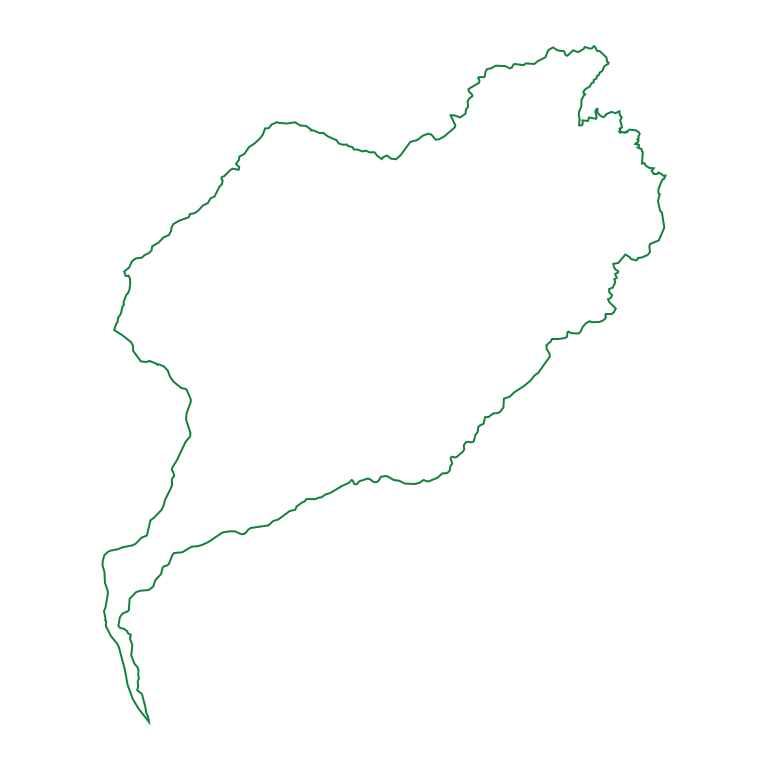 Herveo, Tolima, Colombia (Albers equal-area conic projection)
{"feature_id": "7082276B3940342655765", "entity_name": "Herveo", "entity_type": "district", "adm_level": 2, "iso_a3": "COL", "parent_name": "Colombia", "parent_adm1": "Tolima", "projection": "albers", "projection_center": [-75.226, 5.036], "detail": "fine", "context": "isolated", "style": "outline", "palette": "green", "viewbox_px": 768, "rotation_deg": 0, "n_neighbors": 0, "source": "geoboundaries", "source_scale": "gbopen_adm2", "svg_char_len": 6066}
<svg xmlns="http://www.w3.org/2000/svg" viewBox="0 0 768 768"><path d="M163.5,366.1L167.7,370.4L169.9,376.4L173.6,381.8L181.4,388.1L185.7,388.9L187.0,390.5L190.8,399.5L190.8,401.7L186.7,413.1L186.0,419.3L190.4,432.9L190.1,436.5L185.7,441.6L176.6,460.8L172.5,467.2L171.8,469.9L173.3,472.3L174.2,475.7L171.8,479.2L172.1,484.8L171.6,486.6L164.9,500.2L163.7,505.3L161.5,509.9L153.9,517.8L150.4,520.4L146.9,535.5L141.3,537.8L135.7,543.7L132.7,545.3L122.8,547.2L117.9,549.2L109.5,550.9L107.8,552.0L104.4,555.1L102.8,560.5L102.5,565.3L104.4,571.8L105.0,583.0L107.7,590.8L107.9,593.7L105.4,607.9L104.0,610.9L105.6,619.5L105.1,620.2L106.1,621.7L105.8,625.9L110.9,636.1L117.4,644.0L118.8,646.9L124.9,669.8L127.5,684.5L132.8,699.0L138.5,708.6L148.9,721.9L148.1,716.9L146.2,712.7L145.4,707.1L141.9,693.9L137.2,690.3L138.1,686.5L137.7,681.5L138.9,678.4L138.2,675.3L138.5,670.6L137.5,667.2L134.4,663.6L131.2,655.3L132.3,645.0L129.9,638.5L130.9,635.0L127.8,633.1L127.3,631.3L124.1,628.9L120.0,627.9L118.5,625.9L118.6,624.6L119.8,617.6L121.1,615.2L123.5,613.0L127.4,611.6L128.9,610.0L129.6,598.9L136.0,592.2L139.9,590.8L148.6,590.0L153.1,586.7L155.3,580.2L161.1,574.0L162.6,567.7L164.5,566.0L166.9,565.6L168.8,564.1L172.2,555.5L173.9,553.1L182.4,552.2L191.6,546.7L197.9,546.1L201.9,545.0L208.1,542.2L222.5,532.5L229.5,531.3L235.2,531.4L240.3,533.8L243.1,534.2L245.3,533.3L248.2,529.7L250.7,528.0L268.5,525.4L272.9,521.2L278.6,519.3L289.6,511.1L295.3,509.7L296.5,506.5L302.9,502.0L304.5,501.6L306.5,499.0L315.3,499.2L318.4,497.7L321.4,497.4L325.7,494.3L330.0,493.1L342.3,485.8L348.8,482.9L351.6,480.0L352.6,480.4L354.4,484.1L355.3,484.3L356.8,484.1L359.4,481.3L367.2,478.7L369.4,478.9L373.9,482.1L376.6,482.1L378.3,481.1L381.0,476.7L385.5,476.1L387.6,476.4L393.8,480.0L399.1,480.7L404.8,483.6L414.7,484.0L419.2,482.9L423.6,480.0L427.2,481.4L429.9,480.9L437.5,477.7L442.4,473.4L447.2,473.1L449.6,470.8L450.6,465.5L452.2,463.7L450.7,458.6L451.1,457.3L452.9,456.7L454.8,457.5L456.5,457.1L462.8,451.7L464.2,449.6L463.8,445.3L465.8,442.3L468.1,441.8L471.9,442.3L473.7,441.4L475.5,434.9L477.6,432.0L478.3,427.1L479.5,425.7L483.6,423.7L485.0,417.2L488.6,417.0L493.1,413.5L498.0,413.0L500.1,411.8L503.4,407.5L503.9,398.6L509.8,396.6L514.1,392.4L524.0,386.0L530.7,380.4L534.6,375.4L538.1,373.0L549.7,356.8L549.6,353.9L546.6,348.8L546.5,345.2L550.9,341.3L552.0,339.0L558.8,339.0L565.2,338.0L567.0,336.7L567.5,332.3L568.3,331.6L571.5,333.2L578.5,333.5L580.6,331.7L582.7,326.9L586.2,323.0L589.8,321.2L591.4,322.2L599.2,322.0L602.9,320.6L605.1,318.8L606.0,316.7L605.4,315.0L605.8,314.0L611.2,314.1L613.6,312.7L615.8,308.6L609.2,302.0L608.0,299.2L610.7,298.0L612.1,295.3L609.2,292.0L609.1,289.1L612.9,287.5L615.3,282.0L614.2,279.4L616.8,277.9L615.1,274.0L618.2,272.4L618.0,271.0L615.7,269.7L613.8,266.9L613.4,263.9L618.3,262.9L625.4,254.5L629.6,257.1L630.8,258.8L636.0,260.4L637.2,259.9L638.0,257.9L641.5,257.6L647.8,254.9L650.0,251.9L649.4,247.0L649.8,244.2L658.8,240.4L664.3,227.6L661.9,212.4L660.1,210.9L658.0,201.0L659.8,194.2L658.5,193.4L658.3,189.8L661.0,182.4L662.9,179.2L664.2,178.7L665.5,175.5L663.0,175.7L662.0,174.4L658.5,172.5L657.3,173.9L653.8,174.0L651.6,170.9L653.7,168.3L649.7,168.0L645.9,165.8L644.4,163.2L642.0,163.6L642.8,152.0L642.0,151.5L641.6,149.1L637.7,147.6L638.9,146.6L638.9,144.8L635.3,144.1L635.9,143.1L637.7,142.5L638.6,140.3L637.4,139.6L638.7,137.8L638.4,136.1L639.7,134.2L639.1,132.5L636.2,130.4L629.5,129.6L627.5,131.0L627.2,132.2L625.5,131.8L624.9,132.8L622.4,132.1L620.1,132.7L619.5,131.6L618.5,131.6L620.4,130.7L619.6,128.5L621.4,127.9L622.0,126.7L620.2,120.2L621.7,117.4L619.8,114.9L619.4,111.2L615.6,113.2L611.5,111.9L606.2,114.2L604.5,116.6L603.2,117.2L600.1,115.5L597.5,112.8L597.5,108.9L596.6,109.0L595.3,111.3L596.6,117.2L596.0,118.8L589.1,117.5L587.9,121.0L582.5,120.4L582.6,124.3L581.6,125.4L579.0,125.3L579.6,119.0L578.8,115.7L579.1,111.6L581.3,106.7L581.5,99.7L583.8,95.5L585.2,94.4L583.5,92.9L583.5,91.5L585.5,89.0L589.7,86.6L591.7,83.0L593.7,82.3L593.7,80.1L596.5,78.5L596.9,76.0L598.8,75.1L599.8,72.4L602.1,71.3L604.5,66.0L608.3,63.8L608.6,62.7L607.1,61.7L606.4,57.4L599.7,51.1L597.1,50.9L595.1,46.9L593.9,46.1L592.0,48.2L590.4,48.7L584.7,47.0L583.7,48.9L578.2,52.1L573.0,50.4L567.4,55.7L565.7,55.2L564.0,51.2L557.5,50.4L553.1,47.4L548.4,50.0L545.4,57.3L537.7,61.2L534.3,64.0L526.0,63.4L523.5,65.2L515.0,64.0L513.5,64.6L511.7,67.7L509.7,68.3L505.2,66.1L495.8,65.7L490.8,68.4L487.3,69.0L485.6,71.4L484.7,76.5L483.6,77.2L479.9,77.0L478.2,77.8L479.5,80.8L479.0,82.8L468.5,89.0L468.9,91.5L472.2,94.7L472.3,96.3L469.5,98.2L467.6,101.2L468.1,106.7L466.0,109.5L465.5,113.7L460.2,117.4L454.1,115.3L450.6,115.3L455.4,125.4L454.7,127.4L444.8,136.0L439.1,139.3L435.5,139.6L431.4,134.6L428.2,133.7L422.8,135.7L417.1,140.1L410.3,141.9L400.5,155.4L396.0,159.2L391.1,158.7L386.9,155.5L383.0,157.3L381.8,159.1L376.9,155.5L375.2,152.9L373.8,152.2L369.5,152.4L366.1,150.7L362.6,151.4L357.4,149.6L353.9,149.5L352.5,147.1L347.7,145.9L346.9,144.5L343.1,144.8L338.8,143.5L336.7,140.3L327.7,136.3L323.1,132.8L319.4,133.1L313.4,130.4L311.1,130.4L311.4,129.8L305.9,125.9L300.3,125.5L295.0,122.3L287.0,123.5L279.2,123.0L277.0,122.1L271.6,124.5L268.9,128.1L265.0,128.5L262.9,134.5L260.0,138.4L254.8,143.3L248.8,147.3L244.4,153.9L239.4,156.6L238.8,160.2L236.1,163.6L236.3,164.5L239.2,166.9L238.6,169.8L232.9,168.7L230.5,169.9L224.0,176.3L221.9,177.0L221.3,178.7L222.7,180.5L221.9,184.2L219.5,186.5L214.5,196.6L210.6,198.3L207.8,203.1L202.9,205.5L198.2,210.7L194.4,213.3L190.0,214.0L188.7,217.3L178.9,220.8L173.1,224.3L171.5,227.7L171.0,231.1L168.8,235.1L163.5,237.4L158.5,242.7L152.2,246.3L151.5,250.4L148.9,253.1L144.5,255.2L141.6,257.8L136.3,258.3L134.5,259.2L131.7,261.8L129.2,267.5L124.2,271.5L125.5,275.6L126.2,276.1L128.4,275.6L129.9,278.4L130.3,282.8L129.5,289.6L127.9,293.3L126.2,295.1L123.5,302.3L124.0,304.6L122.4,306.6L120.9,313.6L118.1,317.9L117.5,322.3L116.3,323.6L114.2,330.0L122.3,335.2L131.0,342.1L132.9,345.5L133.1,350.8L140.8,361.3L145.7,362.0L149.6,361.0L156.3,363.6L157.3,364.7L157.8,364.1L163.5,366.1Z" fill="none" stroke="#15803d" stroke-width="2"/></svg>